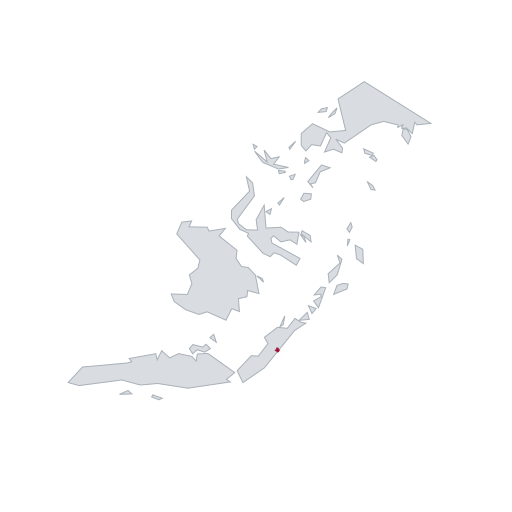 location of Bantul, Yogyakarta, Indonesia, rotated 301°
{"feature_id": "22746128B15956982783625", "entity_name": "Bantul", "entity_type": "district", "adm_level": 2, "iso_a3": "IDN", "parent_name": "Indonesia", "parent_adm1": "Yogyakarta", "projection": "equal_earth", "projection_center": [110.384, -7.898], "detail": "fine", "context": "in_parent", "style": "filled", "palette": "rose", "viewbox_px": 512, "rotation_deg": 301, "n_neighbors": 0, "source": "geoboundaries", "source_scale": "gbopen_adm2", "svg_char_len": 4896}
<svg xmlns="http://www.w3.org/2000/svg" viewBox="0 0 512 512"><g transform="rotate(301 256 256)"><path d="M179.8,202.9L187.7,217.0L199.4,215.2L205.4,208.6L215.7,212.5L223.7,209.9L234.1,176.7L246.8,175.0L252.9,182.8L246.5,183.6L255.6,199.4L253.1,202.9L263.9,215.5L254.2,214.1L251.1,236.8L243.7,240.1L239.5,249.0L242.1,255.3L239.3,265.3L225.3,277.9L222.1,266.6L216.4,269.2L210.4,262.9L199.8,270.4L198.4,262.4L185.5,263.3L183.0,242.9L176.5,237.2L173.7,223.1L174.9,209.3L179.8,202.9ZM50.8,160.1L71.5,164.5L98.1,200.9L101.3,203.9L102.8,200.1L120.6,220.4L116.2,224.8L126.3,223.9L124.2,234.4L132.5,240.0L136.9,252.8L135.1,258.8L141.8,256.2L147.7,265.0L145.1,297.8L135.1,294.2L134.8,298.8L107.6,265.7L96.1,237.4L85.8,223.2L80.7,204.9L53.8,171.1L50.8,160.1ZM461.2,259.0L459.7,337.5L451.3,326.4L452.4,323.2L441.4,326.9L443.3,319.1L440.4,315.1L441.5,314.5L443.2,314.8L444.3,314.3L439.2,311.3L441.5,310.3L437.1,296.1L427.8,287.2L398.3,273.6L397.2,264.4L393.1,274.6L388.7,276.5L387.4,267.3L380.4,261.2L395.9,259.2L398.0,252.9L383.5,254.6L380.1,246.3L371.7,244.7L374.1,237.8L384.3,231.7L398.5,236.4L400.4,255.4L409.8,268.2L432.9,245.4L461.2,259.0ZM316.9,215.4L306.7,223.7L278.2,221.0L274.7,224.2L273.5,234.2L279.0,244.0L287.1,237.5L303.8,236.8L285.1,250.2L293.5,262.6L293.1,271.2L298.6,280.6L287.1,285.0L287.4,276.9L280.9,270.0L282.4,260.7L278.8,259.7L275.3,263.1L276.6,295.0L268.8,295.3L269.5,276.2L268.1,269.9L262.7,268.5L262.0,260.4L268.6,238.4L271.6,237.9L270.5,228.5L275.4,215.7L282.7,211.4L308.3,217.1L318.9,207.0L316.9,215.4ZM148.0,298.9L168.2,303.4L171.3,309.5L187.0,311.4L190.6,305.1L205.9,311.1L210.1,320.0L222.6,321.6L222.4,329.0L224.1,333.3L212.2,327.5L164.5,320.8L140.7,310.0L148.0,298.9ZM342.4,217.2L351.0,208.4L347.2,218.6L352.9,224.8L343.8,223.8L348.6,238.2L342.1,230.4L339.7,213.6L345.1,200.8L342.4,217.2ZM346.5,262.1L367.8,265.3L369.8,274.1L361.3,267.7L349.3,269.2L345.9,265.6L343.8,269.7L346.5,262.1ZM297.4,331.4L281.7,335.3L270.8,332.5L278.0,327.0L293.3,331.6L298.6,325.3L297.4,331.4ZM252.5,325.9L262.9,327.7L264.7,332.1L243.8,336.2L247.2,328.5L254.4,332.8L256.7,331.2L252.5,325.9ZM316.4,335.4L316.7,344.1L304.8,351.9L305.5,343.5L316.4,335.4ZM147.6,247.6L150.5,257.3L154.6,258.6L153.2,264.6L147.2,261.6L145.3,253.8L139.5,252.1L142.4,246.5L147.6,247.6ZM438.2,327.4L430.3,328.7L434.4,318.9L440.6,316.7L442.4,320.4L438.2,327.4ZM272.5,340.6L277.3,344.7L279.5,349.4L274.6,351.0L263.1,342.3L272.5,340.6ZM334.5,264.8L337.8,271.4L332.9,273.7L327.3,268.8L327.6,265.0L334.5,264.8ZM223.1,326.1L234.1,329.0L229.1,334.3L223.1,326.1ZM240.4,326.5L242.0,334.7L235.5,333.6L240.4,326.5ZM167.1,260.1L161.7,266.3L162.2,258.5L167.1,260.1ZM403.4,293.1L404.5,303.5L402.1,304.0L400.1,296.4L403.4,293.1ZM219.6,311.5L211.1,314.7L207.6,312.9L219.6,311.5ZM301.4,282.5L301.4,291.9L296.5,295.9L298.4,283.3L301.4,282.5ZM67.1,210.2L74.8,215.6L73.8,220.6L67.1,210.2ZM85.8,248.9L82.8,246.9L81.4,239.2L83.8,239.0L85.8,248.9ZM373.8,324.1L372.2,320.3L376.9,313.4L376.6,319.6L373.8,324.1ZM366.1,228.3L374.8,230.9L364.9,230.0L366.1,228.3ZM312.6,247.5L320.7,250.1L311.8,249.9L312.6,247.5ZM297.6,287.1L293.3,291.8L297.1,283.3L297.6,287.1ZM411.1,235.3L415.7,236.2L420.0,240.7L415.9,241.7L411.1,235.3ZM333.4,320.1L330.4,323.5L324.4,323.9L326.0,320.0L333.4,320.1ZM402.9,305.3L400.9,310.2L398.8,310.0L399.2,302.3L402.9,305.3ZM346.2,247.5L340.9,248.3L339.4,246.7L341.6,243.6L346.2,247.5ZM411.9,246.7L418.5,247.5L424.7,249.2L418.7,250.3L411.9,246.7ZM299.1,241.7L304.5,244.9L298.9,246.6L299.1,241.7ZM350.4,200.5L346.7,199.6L350.2,196.0L350.4,200.5ZM311.7,329.1L317.7,326.2L318.4,328.0L311.7,329.1ZM365.9,247.9L365.0,252.2L360.4,250.0L362.7,248.7L365.9,247.9ZM239.9,273.0L237.5,275.9L239.4,266.8L239.9,273.0ZM340.9,231.3L343.7,237.2L342.7,238.1L338.5,233.5L340.9,231.3Z" fill="#d9dde1" stroke="#a8b0b8" stroke-width="1"/><path d="M186.7,321.5L186.8,321.7L186.8,321.9L186.8,322.0L186.7,322.1L186.4,322.0L186.3,321.9L186.3,321.7L186.3,321.4L186.3,321.5L186.2,321.6L186.0,321.8L186.0,321.7L186.0,321.8L186.0,322.0L186.0,321.9L185.9,321.9L185.9,322.0L185.7,322.0L185.7,321.9L185.7,321.7L185.8,321.6L185.7,321.5L185.8,321.5L185.7,321.5L185.4,321.6L185.3,321.8L185.2,322.0L185.3,322.2L185.3,322.3L185.5,322.5L185.6,322.8L185.6,323.0L185.4,323.2L185.4,323.3L185.3,323.5L185.2,323.6L185.1,323.8L185.4,324.0L185.6,324.2L185.9,324.3L186.0,324.3L186.1,324.2L186.3,324.0L186.3,323.9L186.3,324.0L186.3,323.9L186.5,323.8L186.7,323.7L186.8,323.7L186.9,323.8L187.0,323.7L187.2,323.4L187.2,323.5L187.3,323.7L187.4,323.4L187.5,323.4L187.6,323.2L187.6,322.9L187.5,322.7L187.5,322.8L187.5,322.7L187.4,322.8L187.4,322.7L187.4,322.4L187.5,322.2L187.8,322.1L187.7,322.0L187.7,321.9L187.7,322.0L187.7,321.9L187.5,322.0L187.4,322.0L187.4,321.9L187.4,322.0L187.3,321.9L187.2,321.9L187.2,322.0L187.0,321.9L186.9,321.9L187.0,321.9L186.9,321.9L186.9,321.7L187.0,321.6L186.9,321.6L186.7,321.6L186.7,321.5Z" fill="#f43f5e" stroke="#9f1239" stroke-width="1.5"/></g></svg>